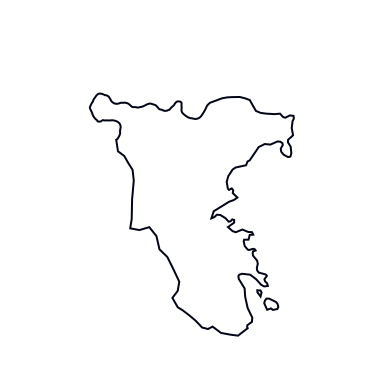 Rason City, Rasŏn, North Korea, rotated 298°
{"feature_id": "82179303B91931790309769", "entity_name": "Rason City", "entity_type": "district", "adm_level": 2, "iso_a3": "PRK", "parent_name": "North Korea", "parent_adm1": "Rasŏn", "projection": "robinson", "projection_center": [130.492, 42.382], "detail": "fine", "context": "isolated", "style": "outline", "palette": "ink", "viewbox_px": 384, "rotation_deg": 298, "n_neighbors": 0, "source": "geoboundaries", "source_scale": "gbopen_adm2", "svg_char_len": 5975}
<svg xmlns="http://www.w3.org/2000/svg" viewBox="0 0 384 384"><g transform="rotate(298 192 192)"><path d="M97.9,305.1L98.8,304.0L100.4,303.4L105.5,305.9L109.4,304.2L115.6,295.7L124.5,288.1L131.5,283.8L137.2,274.1L139.6,272.4L141.1,272.5L143.3,274.6L146.3,282.2L145.1,289.6L142.5,296.7L142.5,300.1L144.7,303.1L146.6,301.2L147.5,298.3L149.0,296.9L153.1,297.5L153.8,295.9L152.2,288.8L153.3,286.4L155.4,284.9L159.5,283.8L161.9,281.8L164.5,275.7L166.5,274.3L168.2,273.8L170.2,275.6L170.9,274.4L170.5,272.6L167.6,269.6L167.3,268.3L169.0,263.9L172.7,260.8L174.3,260.4L176.5,264.3L181.2,263.1L183.1,266.1L184.7,263.9L183.1,260.3L182.5,254.1L177.0,249.5L176.5,246.2L177.9,240.2L184.7,243.6L187.1,242.3L186.7,240.4L184.3,239.8L183.0,238.3L184.6,234.0L185.0,228.0L183.7,224.7L180.3,223.5L177.9,221.5L185.2,220.2L200.8,229.3L204.4,232.6L208.4,234.7L210.2,228.5L212.9,227.6L213.8,225.4L211.2,223.7L211.8,222.1L217.2,217.9L223.0,216.6L230.9,217.3L234.1,219.0L241.0,227.2L245.0,226.7L247.1,228.1L263.0,229.8L268.5,233.7L270.7,239.0L276.8,243.8L277.9,246.4L277.5,249.0L276.1,250.1L272.0,250.0L269.5,251.8L268.0,255.3L267.9,260.0L268.8,261.8L270.0,262.2L272.9,261.5L278.3,257.9L280.9,253.4L283.1,252.3L289.5,254.6L295.3,250.0L301.9,247.5L304.5,247.5L306.9,245.9L305.6,242.5L301.3,239.4L301.0,237.0L302.5,233.0L299.4,228.1L296.1,220.9L294.1,215.6L293.6,210.4L296.6,205.6L300.3,199.9L299.7,195.2L298.3,189.5L294.8,183.2L292.2,178.8L288.6,174.3L279.1,165.9L277.8,165.5L276.7,165.1L276.1,165.0L275.5,164.9L274.9,164.8L274.2,164.8L273.6,164.9L272.9,164.9L270.7,165.0L267.6,164.9L265.7,164.7L265.2,164.7L264.6,164.6L263.5,164.5L262.4,164.2L261.9,164.0L261.5,163.9L261.1,163.7L260.6,163.4L260.1,163.1L259.3,162.3L258.9,161.9L258.3,161.0L258.0,160.6L257.8,160.0L257.6,159.5L257.5,158.9L257.3,158.4L257.1,157.7L257.0,157.1L256.6,156.4L256.4,155.8L256.3,154.8L256.1,154.3L256.1,153.6L256.1,152.8L256.2,152.2L256.2,151.4L256.3,151.1L256.3,150.6L256.5,150.1L256.6,149.0L256.8,148.1L257.0,147.6L257.3,146.5L257.6,145.9L257.9,145.5L258.6,144.8L259.0,144.5L259.5,144.2L261.5,143.3L262.6,142.6L263.1,142.4L263.5,142.1L264.9,141.4L265.2,141.2L265.5,141.1L265.8,140.8L266.0,140.6L266.1,140.3L266.2,139.7L266.2,139.4L266.2,139.1L266.1,138.7L265.9,138.1L265.8,137.8L265.5,137.2L265.1,136.7L264.9,136.4L264.7,136.3L264.0,135.9L263.6,135.7L263.1,135.6L262.0,135.4L260.3,135.3L259.9,135.2L258.7,134.8L258.4,134.7L258.0,134.5L257.7,134.4L257.3,134.2L257.0,134.1L256.6,134.0L255.7,133.8L254.3,133.5L253.9,133.3L253.8,133.1L253.6,133.0L252.8,132.3L252.5,132.1L252.2,131.8L251.9,131.5L251.4,130.8L251.1,130.4L250.9,130.0L250.8,129.7L250.6,128.9L250.5,128.1L250.4,127.8L250.5,127.3L250.4,126.4L250.2,126.1L250.2,125.9L250.0,125.2L249.9,125.0L249.8,124.7L249.8,124.4L249.9,124.1L250.0,123.4L250.2,123.0L250.5,122.3L250.7,121.9L250.8,121.5L250.9,121.2L251.2,120.4L251.5,119.5L251.5,119.1L251.5,118.8L251.5,118.3L251.3,117.5L251.2,117.1L251.2,116.8L251.1,116.4L251.0,116.0L251.0,115.7L250.9,115.3L250.9,114.9L250.8,114.6L250.7,114.2L250.4,113.6L250.1,113.0L249.7,112.5L249.2,112.0L248.2,111.2L247.7,110.7L246.8,110.1L246.4,109.9L246.0,109.6L245.6,109.3L245.2,109.0L244.9,108.8L244.6,108.5L244.2,108.1L243.3,107.3L242.9,106.8L242.8,106.5L242.4,106.0L241.8,105.4L241.2,104.7L241.0,104.3L240.9,104.0L240.8,103.6L240.7,103.2L240.3,102.0L240.1,101.6L239.9,101.3L239.6,100.9L239.5,100.4L239.3,100.1L239.1,99.5L239.1,99.1L239.1,98.8L239.2,98.6L239.3,98.0L239.4,97.2L239.6,96.9L239.7,96.4L239.8,95.9L239.9,95.5L240.0,94.7L240.1,93.4L239.9,92.7L239.7,92.0L239.7,91.7L239.5,91.1L239.3,90.8L239.1,90.2L238.9,90.0L238.5,89.5L238.4,89.2L238.0,88.5L237.7,87.8L237.6,87.6L237.1,87.0L236.5,86.5L236.2,86.1L235.8,85.8L235.5,85.5L235.1,85.0L234.9,84.8L234.7,84.4L234.5,84.1L234.3,83.7L234.2,83.3L233.9,82.6L233.8,81.9L233.8,81.5L233.8,81.0L233.9,79.7L234.1,79.0L234.4,78.2L234.8,77.5L235.1,77.1L235.3,76.8L236.0,75.7L236.5,74.8L236.7,74.5L236.9,74.1L237.1,73.7L237.2,73.2L237.2,72.7L237.3,71.7L237.2,71.3L237.1,70.8L236.9,70.3L236.8,70.1L236.7,69.9L236.6,69.6L236.6,69.3L236.6,68.5L236.6,68.0L236.5,67.1L236.5,66.7L236.1,65.6L235.8,64.8L235.6,64.3L235.3,63.9L235.0,63.6L234.8,63.4L234.5,63.2L234.1,62.9L233.8,62.8L232.9,62.5L232.3,62.3L231.6,62.2L231.0,62.1L229.7,62.0L229.1,61.9L228.3,61.8L227.6,61.7L226.4,61.8L225.3,62.0L224.0,61.8L222.9,61.8L222.4,61.8L221.5,61.8L220.4,61.9L220.0,61.9L219.1,62.1L218.5,62.2L218.3,62.4L217.6,63.0L217.2,63.7L216.7,64.3L216.4,64.6L216.2,65.0L215.6,65.8L215.3,66.3L214.9,66.7L214.6,67.0L214.3,67.3L214.0,67.6L213.6,68.0L213.1,68.7L212.8,69.1L212.3,69.9L212.1,70.3L211.7,71.1L211.6,71.4L211.4,71.8L211.3,72.2L211.2,72.5L210.9,73.7L210.9,74.1L210.6,74.8L210.4,75.0L210.1,75.4L210.1,75.6L210.1,75.8L210.4,76.7L210.6,77.0L211.0,77.7L211.2,78.0L211.4,78.3L211.8,78.5L212.2,78.7L212.5,78.8L213.1,79.2L213.4,79.4L213.6,79.7L213.8,80.0L213.9,80.4L214.0,80.9L214.3,81.4L214.6,82.1L214.9,82.5L215.2,83.1L215.4,83.5L216.3,85.3L216.6,85.8L217.2,86.8L217.6,87.4L217.9,87.8L218.0,88.3L218.2,88.7L218.7,90.2L218.9,91.1L219.0,91.7L219.0,92.5L219.1,93.1L219.0,93.8L218.9,94.3L218.7,95.3L218.5,95.8L218.3,96.2L218.0,96.5L217.8,96.9L217.5,97.2L217.2,97.5L216.2,98.3L215.7,98.6L215.2,98.8L214.0,99.1L213.6,99.3L213.1,99.4L211.7,100.0L211.4,100.2L211.0,100.4L210.4,100.9L209.9,101.1L209.4,101.2L208.7,101.3L208.0,101.4L207.5,101.4L206.1,101.4L205.0,101.4L204.3,101.3L203.4,101.1L203.0,100.9L202.7,100.8L202.5,100.6L193.2,107.5L192.0,115.3L187.8,121.9L183.6,129.2L174.8,135.2L157.3,142.6L139.7,151.5L130.9,154.5L133.7,163.4L140.9,170.8L136.4,181.3L126.1,190.2L123.1,200.6L115.7,211.0L106.8,222.9L98.0,225.8L89.3,224.4L83.5,233.6L83.2,239.2L81.7,248.1L80.1,255.6L77.1,264.5L78.5,270.4L82.8,273.4L81.2,283.8L84.0,292.7L86.8,300.1L97.9,305.1ZM128.8,322.3L131.0,322.2L133.2,320.3L134.3,318.0L134.1,310.1L132.8,307.8L130.3,307.4L127.7,308.0L123.3,313.6L125.8,316.0L126.3,316.3L125.9,318.9L128.8,322.3ZM131.9,301.6L135.9,300.6L137.2,298.7L135.9,295.8L134.2,296.8L131.9,301.6Z" fill="none" stroke="#020617" stroke-width="2"/></g></svg>